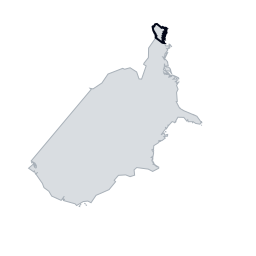 Maine on a map of United States of America (Natural Earth projection), rotated 310°
{"feature_id": "USA-3561", "entity_name": "Maine", "entity_type": "State", "adm_level": 1, "iso_a3": "USA", "parent_name": "United States of America", "parent_adm1": "", "projection": "natural_earth1", "projection_center": [-68.954, 45.272], "detail": "fine", "context": "in_parent", "style": "outline", "palette": "ink", "viewbox_px": 256, "rotation_deg": 310, "n_neighbors": 0, "source": "natural_earth", "source_scale": "10m", "svg_char_len": 7667}
<svg xmlns="http://www.w3.org/2000/svg" viewBox="0 0 256 256"><g transform="rotate(310 128 128)"><path d="M202.5,92.4L215.8,91.2L221.4,81.6L226.3,83.3L226.4,89.2L229.2,93.1L224.1,94.5L223.9,95.6L223.1,94.3L221.8,96.6L217.8,98.2L215.1,104.1L217.2,106.6L218.7,106.3L218.3,105.2L218.8,105.7L218.9,107.0L214.6,107.8L213.8,106.5L213.4,108.3L208.4,108.7L204.7,111.1L205.1,109.7L204.8,108.9L203.7,112.1L204.7,112.6L204.2,115.4L201.6,118.8L199.1,116.7L200.7,114.5L198.9,116.0L199.5,118.4L200.6,119.8L200.7,121.4L197.4,127.1L198.5,123.5L196.1,120.1L197.9,116.6L195.4,117.7L196.1,122.9L193.7,121.3L192.9,121.5L193.7,119.8L193.7,119.3L192.8,120.6L192.8,121.7L196.3,123.8L195.5,124.7L193.9,122.9L193.3,122.6L195.3,124.8L196.1,125.2L195.6,126.5L194.5,125.5L196.2,127.5L195.7,127.8L194.9,126.7L192.7,126.3L195.4,128.2L197.2,128.1L198.7,133.0L197.3,129.3L197.7,131.7L194.4,131.2L196.7,133.6L197.9,132.9L196.4,135.1L193.3,134.3L195.1,135.4L193.5,136.5L195.4,137.3L191.8,137.8L189.9,141.4L186.5,142.3L180.0,148.7L179.2,148.0L176.7,153.9L176.4,155.4L177.2,159.9L181.3,173.2L179.5,180.3L177.2,180.7L175.0,176.9L174.7,173.8L171.5,170.1L172.7,168.5L171.1,168.6L172.0,163.9L168.3,159.3L162.3,160.4L161.3,157.7L155.5,157.5L156.3,156.4L155.2,157.5L152.5,157.9L152.6,155.9L152.1,157.3L144.0,157.7L147.4,158.8L146.1,160.7L148.6,162.5L147.2,163.5L144.5,161.0L144.2,163.0L140.2,162.1L138.2,159.7L136.7,160.9L131.0,159.1L127.5,161.7L128.4,161.0L126.6,160.3L125.5,163.6L121.8,165.7L122.7,165.1L120.4,164.7L121.1,165.9L118.3,167.3L117.0,170.9L115.9,170.3L116.8,171.3L116.8,174.7L117.8,176.7L116.9,177.4L110.6,174.8L109.5,169.9L103.3,160.1L99.8,159.6L96.1,163.4L92.1,160.9L90.6,156.4L85.6,151.1L79.1,151.0L78.9,153.0L68.6,153.1L55.9,146.8L47.0,147.7L46.2,144.2L42.9,141.0L35.6,138.5L35.9,136.1L31.0,125.3L31.4,124.2L32.5,125.6L32.1,123.3L34.9,123.0L29.6,123.3L26.8,113.3L28.7,108.0L28.3,102.0L30.5,98.1L33.5,87.1L36.1,87.3L33.3,86.8L34.8,83.8L33.8,83.9L33.3,77.7L39.6,78.7L37.6,82.0L40.2,79.7L39.4,82.4L37.7,83.1L38.8,83.2L40.3,82.0L41.3,79.3L40.5,75.0L133.8,75.0L134.0,73.4L135.5,76.1L145.7,79.1L156.5,78.0L170.3,85.6L170.8,87.6L175.5,90.9L176.5,98.6L172.7,104.9L174.2,107.0L187.2,102.0L186.8,99.1L188.0,98.6L195.0,98.4L202.5,92.4ZM209.9,110.0L212.0,109.7L204.5,111.6L210.7,109.3L209.9,110.0ZM40.4,77.7L40.9,79.4L40.7,79.7L39.8,78.3L40.4,77.7ZM117.7,176.1L117.0,173.2L117.2,171.5L117.2,173.3L117.7,176.1ZM224.7,94.8L224.6,95.7L224.3,95.5L224.7,94.8ZM138.2,160.6L138.3,161.3L137.7,160.7L138.2,160.6ZM38.2,141.2L39.1,140.9L39.1,141.0L38.2,141.2ZM37.3,141.0L36.8,141.5L36.6,141.0L37.3,141.0ZM216.6,108.0L216.0,108.5L215.8,108.4L216.6,108.0ZM117.8,170.0L117.2,171.3L118.6,168.7L117.8,170.0ZM180.1,168.8L180.9,171.5L180.0,168.6L180.1,168.8ZM42.4,143.4L42.7,144.2L42.3,143.5L42.4,143.4ZM179.9,180.7L179.1,181.5L180.4,179.8L179.9,180.7ZM198.9,134.6L198.1,135.7L198.8,133.2L198.9,134.6ZM39.8,76.2L39.7,76.7L39.4,76.5L39.8,76.2ZM121.1,166.4L119.8,167.0L121.2,166.2L121.1,166.4ZM218.6,108.2L218.5,108.9L217.9,108.7L218.6,108.2ZM42.1,145.4L42.3,146.3L42.0,145.5L42.1,145.4ZM119.5,167.5L118.9,167.8L119.4,167.3L119.5,167.5ZM200.4,122.5L199.5,123.9L200.5,122.0L200.4,122.5ZM127.1,162.3L126.2,162.8L127.5,161.9L127.1,162.3ZM176.8,154.6L176.6,155.7L176.5,155.0L176.8,154.6ZM195.7,137.5L195.4,137.7L196.2,136.9L195.7,137.5ZM164.4,160.2L163.4,160.7L163.0,160.6L164.4,160.2ZM152.1,157.7L152.0,157.9L151.4,157.9L152.1,157.7ZM173.6,173.9L173.7,174.6L173.4,173.7L173.6,173.9ZM149.5,159.3L149.3,160.0L149.3,158.7L149.5,159.3ZM177.6,182.5L177.0,182.6L177.8,182.4L177.6,182.5ZM204.1,115.8L203.6,116.5L204.2,115.5L204.1,115.8ZM197.5,135.9L197.1,136.1L197.5,135.9Z" fill="#d9dde1" stroke="#a8b0b8" stroke-width="1"/><path d="M215.0,91.1L215.3,90.9L215.5,90.9L215.7,91.4L215.8,91.3L215.8,91.1L215.9,90.7L216.0,90.5L216.4,90.7L216.6,90.6L216.3,90.3L216.3,90.2L216.4,89.9L216.8,89.5L217.4,89.2L217.4,88.9L217.8,88.5L217.9,88.3L217.9,88.2L217.7,88.1L217.8,87.9L217.7,87.7L217.9,87.5L218.0,87.4L217.9,87.2L218.0,86.8L218.1,86.7L218.2,86.4L218.6,86.2L218.8,84.9L221.4,81.7L221.5,81.7L222.0,81.8L222.0,82.2L222.0,82.5L222.6,82.8L223.1,82.6L223.5,82.6L223.7,82.4L223.9,82.3L224.1,82.3L224.3,82.3L224.3,82.2L224.5,82.1L225.0,82.2L225.1,82.3L225.7,82.7L225.8,82.9L226.3,83.3L226.4,88.2L226.5,88.4L226.4,88.6L226.5,88.8L226.3,89.0L226.3,89.3L226.5,89.4L226.7,89.5L227.0,89.7L227.6,89.7L227.6,89.8L227.7,90.0L227.4,90.2L227.5,90.4L227.7,90.7L227.6,90.8L227.5,91.1L227.9,91.7L228.0,91.7L228.3,91.5L228.5,91.6L228.4,91.6L228.5,91.7L228.6,91.9L228.7,92.0L228.8,92.1L229.0,92.5L228.9,92.7L228.7,92.6L228.8,92.8L228.7,92.8L228.5,92.7L228.4,92.8L228.6,93.0L228.8,93.0L228.8,92.9L228.9,93.2L229.0,93.1L228.9,92.8L229.1,93.0L229.0,93.4L228.9,93.4L228.8,93.6L228.5,93.9L228.2,93.9L228.3,94.0L228.2,94.0L228.0,93.9L228.1,93.7L227.9,93.7L228.0,93.7L227.9,93.8L227.8,93.7L227.9,93.9L227.8,94.0L227.7,94.2L227.7,93.9L227.6,94.0L227.4,94.1L227.3,93.9L227.2,93.9L227.1,94.1L227.2,94.4L226.9,94.4L226.7,94.6L226.6,94.4L226.6,94.2L226.4,94.5L226.4,94.4L226.4,94.1L226.2,94.3L226.2,94.6L226.0,95.0L226.0,94.8L226.0,94.6L225.9,94.7L225.9,95.0L225.8,94.9L225.8,94.6L225.7,94.7L225.8,94.8L225.8,95.0L225.6,95.0L225.5,95.3L225.4,95.2L225.5,95.1L225.4,95.1L225.3,94.7L225.2,94.6L225.1,94.8L225.0,94.5L224.9,94.7L224.6,94.4L224.6,94.5L224.8,94.6L224.7,94.7L224.8,94.8L224.5,94.7L224.4,94.9L224.4,95.0L224.2,94.9L224.2,94.6L224.1,94.9L224.1,95.1L224.0,94.9L223.9,95.0L223.7,95.0L223.8,95.2L223.8,95.4L223.9,95.5L223.5,95.5L223.3,95.5L223.2,95.3L222.9,95.4L222.9,95.1L223.0,95.1L223.1,94.9L223.3,95.0L223.2,94.8L222.9,95.0L223.1,94.4L222.9,94.3L222.8,94.7L222.8,94.8L222.7,94.8L222.8,94.7L222.7,94.7L222.3,94.9L222.5,95.3L222.4,95.4L222.2,95.5L221.9,96.2L221.9,96.4L222.1,96.4L222.0,96.5L221.9,96.6L221.7,96.8L221.6,96.7L221.6,96.8L221.6,97.0L221.3,97.1L221.5,96.7L221.4,96.7L221.2,97.0L221.2,96.8L221.0,96.7L220.9,96.6L220.9,96.8L220.7,96.8L220.6,97.3L220.5,97.5L220.4,97.2L220.3,97.5L220.3,97.3L220.3,97.1L220.4,96.7L220.2,97.0L220.2,97.3L220.2,97.5L220.2,97.4L220.1,97.5L219.9,97.3L220.0,97.2L220.1,96.7L219.6,97.3L219.6,97.6L219.7,97.4L219.8,97.5L219.7,97.7L219.6,97.8L219.4,96.8L219.5,96.7L219.2,96.9L219.3,96.9L219.5,97.8L219.4,98.1L219.3,97.8L219.3,97.6L219.2,97.4L219.3,97.4L219.2,97.3L219.2,97.5L218.8,98.0L219.0,97.5L219.0,97.4L218.9,97.6L218.8,97.9L218.7,97.9L218.9,97.4L218.7,97.5L218.8,97.4L218.6,97.5L218.4,97.6L218.1,97.8L218.0,98.0L217.9,98.1L218.0,98.2L217.8,98.3L218.0,98.4L218.1,98.5L217.9,98.8L217.9,98.7L217.7,98.8L217.7,98.7L217.6,98.8L217.5,99.1L217.5,99.3L217.4,99.4L217.2,99.6L216.9,99.7L216.8,99.8L216.7,100.1L216.8,100.2L216.7,100.3L216.4,100.8L216.3,100.6L216.2,100.6L216.2,100.8L215.9,100.4L215.9,100.2L215.7,100.0L215.4,99.4L215.4,98.7L215.0,91.1ZM224.9,94.9L224.9,95.0L225.1,95.2L225.1,95.3L224.9,95.5L224.7,95.5L224.6,95.4L224.6,95.5L224.6,95.8L224.3,95.6L224.2,95.6L224.3,95.5L224.2,95.4L224.3,95.1L224.6,94.8L224.8,94.8L224.9,94.9ZM223.3,95.6L223.5,95.7L223.6,95.8L223.4,95.9L223.5,96.0L223.3,96.1L223.2,96.0L223.2,95.9L223.3,95.8L223.3,95.7L223.3,95.6ZM222.6,96.3L223.0,96.4L223.0,96.5L222.9,96.6L222.7,96.6L222.7,96.4L222.6,96.3ZM222.9,96.1L222.7,96.2L222.5,96.3L222.4,96.2L222.5,96.1L222.9,96.0L222.9,96.1ZM224.3,96.0L224.2,96.2L223.9,96.1L224.1,96.0L224.3,96.0L224.3,96.0ZM223.6,96.4L223.6,96.6L223.4,96.7L223.5,96.4L223.6,96.4ZM222.6,95.0L222.6,95.4L222.5,95.2L222.6,95.0ZM219.9,97.0L219.8,97.3L219.7,97.2L219.9,96.9L219.9,97.0ZM224.0,95.1L224.1,95.3L223.9,95.3L223.9,95.1L224.0,95.1ZM227.2,94.7L227.1,94.8L227.0,94.5L227.2,94.7ZM222.5,95.7L222.4,95.5L222.6,95.4L222.6,95.5L222.5,95.7ZM219.9,97.7L219.9,97.4L220.0,97.5L219.9,97.7ZM229.0,92.7L229.2,92.8L229.0,92.7Z" fill="none" stroke="#020617" stroke-width="2"/></g></svg>